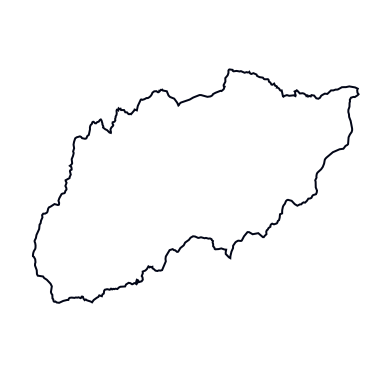 Angostura, Antioquia, Colombia, rotated 192°
{"feature_id": "7082276B23180576044549", "entity_name": "Angostura", "entity_type": "district", "adm_level": 2, "iso_a3": "COL", "parent_name": "Colombia", "parent_adm1": "Antioquia", "projection": "natural_earth1", "projection_center": [-75.338, 6.869], "detail": "fine", "context": "isolated", "style": "outline", "palette": "ink", "viewbox_px": 384, "rotation_deg": 192, "n_neighbors": 0, "source": "geoboundaries", "source_scale": "gbopen_adm2", "svg_char_len": 5994}
<svg xmlns="http://www.w3.org/2000/svg" viewBox="0 0 384 384"><g transform="rotate(192 192 192)"><path d="M50.1,321.1L49.4,322.3L50.8,323.5L51.6,326.0L51.3,327.5L54.2,328.2L60.1,328.0L63.2,326.6L67.1,325.7L70.8,322.5L72.9,322.0L74.8,320.8L77.1,320.3L80.0,316.1L82.6,315.8L84.8,313.9L85.7,312.9L86.4,310.8L87.8,309.5L89.9,309.5L92.6,311.7L95.3,311.6L95.7,310.2L96.9,310.4L98.3,309.5L99.0,310.5L99.4,310.5L100.1,309.7L100.7,310.5L102.9,311.5L104.3,311.6L107.0,310.8L110.2,313.1L110.8,313.2L111.2,312.4L111.9,312.2L112.5,311.7L111.8,311.0L111.4,309.1L110.7,308.3L110.8,307.3L112.7,307.7L116.9,306.3L119.3,306.5L121.9,305.0L122.7,303.5L122.6,303.8L125.4,310.0L126.5,309.6L127.4,310.2L128.2,311.2L129.9,311.9L130.6,311.8L130.5,312.3L130.7,312.6L131.3,313.1L132.7,313.2L134.2,315.1L135.5,313.7L136.6,313.6L138.2,315.4L139.6,315.9L140.5,317.7L141.2,318.1L144.3,317.4L145.1,317.5L146.5,318.6L149.9,318.4L152.5,319.1L153.3,320.3L156.6,321.0L158.5,319.8L159.2,319.9L159.9,320.2L160.9,321.4L161.2,320.9L162.3,320.5L163.4,320.6L165.4,319.6L169.3,320.4L170.4,319.8L173.6,319.7L176.4,318.7L177.3,319.0L177.7,319.9L180.7,319.7L181.3,319.3L181.6,318.4L181.1,316.0L181.4,313.5L183.1,310.3L182.3,306.9L183.3,303.1L182.8,301.8L182.0,301.8L182.4,299.1L184.1,296.9L185.2,296.9L189.7,293.9L191.8,292.1L192.2,290.8L193.7,289.4L196.7,288.3L203.4,288.7L204.8,288.4L210.4,284.7L213.5,281.9L221.4,277.2L222.5,275.8L222.9,274.3L223.3,273.8L225.1,276.3L228.8,279.6L233.3,280.4L235.0,281.5L237.6,285.3L241.6,285.2L242.3,285.9L243.0,285.4L243.6,285.5L244.3,284.5L244.9,284.3L244.6,283.8L245.4,282.7L246.2,282.5L247.7,283.2L249.9,282.6L251.3,281.0L251.7,278.9L252.4,277.3L253.3,276.0L254.7,274.7L256.1,274.4L257.8,272.9L259.8,271.8L260.7,272.0L261.3,271.7L262.9,264.9L262.9,260.4L265.3,260.7L265.4,259.9L267.8,255.4L268.7,255.6L269.4,255.1L270.3,255.0L272.2,256.4L273.8,256.1L275.5,258.0L278.4,257.4L279.2,258.6L280.1,258.0L281.1,258.5L281.1,256.7L281.9,257.2L282.6,256.9L282.7,255.7L282.0,253.4L281.9,251.6L282.4,250.0L282.2,249.0L282.4,247.6L281.9,246.0L282.5,244.6L284.1,243.7L284.0,242.4L282.9,241.1L283.2,239.9L284.2,238.5L284.7,236.7L284.6,235.7L283.7,233.7L283.7,232.9L285.1,233.0L288.0,234.9L289.8,235.3L292.4,236.6L292.4,237.8L293.6,239.3L293.8,240.2L295.4,243.2L296.3,244.0L297.0,243.4L297.9,241.4L299.3,240.6L300.2,239.2L301.2,239.1L302.8,240.2L303.4,240.1L304.0,239.4L304.1,237.8L304.9,236.7L305.2,235.7L305.3,234.1L304.8,232.0L304.8,226.4L306.0,225.0L306.5,222.5L307.7,221.8L310.7,221.8L311.9,222.8L313.2,223.1L316.2,221.5L317.4,220.2L317.8,216.5L317.7,213.6L316.4,210.3L316.7,206.9L315.9,205.7L315.8,205.0L315.9,202.5L316.5,199.1L315.2,195.2L315.6,193.8L316.9,192.2L315.4,191.5L314.8,190.4L314.4,188.9L315.7,187.7L315.7,186.9L314.2,183.8L314.7,181.8L314.7,180.1L318.1,177.2L317.9,176.6L316.6,174.9L317.1,171.6L315.7,169.7L315.3,168.3L316.1,166.6L316.2,164.9L316.6,164.3L318.5,163.4L319.2,162.7L320.5,158.3L320.8,155.7L319.7,153.7L319.5,152.0L320.4,151.4L324.0,151.6L327.5,148.1L328.6,147.4L329.2,146.0L329.3,142.6L329.7,141.6L331.2,140.3L333.0,139.9L333.8,138.2L333.0,136.0L333.7,132.6L333.6,129.9L334.3,128.4L333.8,124.0L335.2,117.6L335.1,114.5L335.8,111.7L335.6,110.7L334.7,109.3L333.9,107.2L333.5,104.9L333.5,103.8L334.4,101.2L334.6,99.1L334.4,96.8L334.2,96.1L333.2,95.7L331.4,93.6L330.5,90.8L330.6,89.1L330.3,87.5L327.6,83.2L326.6,79.5L325.5,78.1L320.1,78.4L318.7,77.1L315.8,76.0L311.3,72.9L309.5,70.6L309.2,64.9L308.4,63.4L307.3,62.5L306.3,58.8L305.5,58.3L304.7,56.5L304.2,56.1L303.4,56.1L302.8,56.5L301.4,55.8L298.9,56.0L295.3,58.7L291.8,60.4L290.5,60.7L290.3,62.2L289.5,63.1L287.8,63.7L284.9,64.0L283.7,64.7L282.3,64.8L281.0,65.4L279.0,65.0L278.4,65.5L278.2,66.7L277.8,66.9L276.9,66.8L276.0,65.2L274.5,63.9L273.5,64.8L272.2,64.2L268.3,63.8L266.8,63.3L265.7,65.9L263.1,68.8L261.8,69.9L261.2,71.6L258.5,71.3L258.3,73.2L257.2,74.3L257.4,77.2L256.9,78.3L254.8,79.3L252.1,79.3L251.1,80.6L249.9,80.1L249.0,80.9L247.9,80.8L246.7,81.5L244.8,81.6L243.7,83.3L242.4,84.4L237.8,85.7L237.3,87.8L235.1,90.0L233.3,90.0L231.5,89.3L230.9,89.5L229.5,90.9L228.6,90.9L227.1,90.3L226.5,91.9L227.9,92.6L227.7,94.7L226.6,94.5L225.0,92.9L222.7,94.2L221.9,96.0L222.7,98.3L223.7,99.3L223.2,102.2L223.7,103.9L221.3,105.5L220.1,107.3L219.2,110.1L218.5,109.7L217.9,110.0L217.6,109.6L217.0,110.1L216.1,110.1L215.2,110.6L214.7,109.1L213.2,108.6L211.4,107.5L209.5,107.5L208.1,108.4L206.4,108.6L205.0,109.4L203.2,118.7L204.0,121.0L204.2,123.5L201.8,130.5L199.0,132.1L197.6,131.4L196.4,131.5L194.1,130.3L193.1,130.8L191.7,134.8L189.0,138.1L188.2,141.1L185.1,144.5L183.9,147.0L181.8,148.9L179.7,149.1L176.6,148.4L175.7,148.6L173.8,149.6L170.0,149.4L168.8,150.0L166.2,149.8L164.8,150.3L163.7,150.1L163.1,149.9L162.5,149.0L161.3,148.4L161.3,146.8L160.5,145.5L160.0,143.3L158.6,142.3L157.9,141.0L157.3,140.8L154.1,141.7L151.6,142.9L148.2,142.5L146.6,142.7L146.5,140.0L146.1,138.4L142.3,135.8L140.8,135.3L141.1,137.4L141.0,141.9L140.2,145.6L140.6,148.0L139.1,151.7L138.3,152.7L136.7,154.0L133.9,154.3L133.2,154.9L131.9,159.5L129.4,164.3L127.9,164.6L123.9,163.3L118.6,165.5L113.3,162.6L112.4,162.8L111.9,164.0L110.4,166.2L111.1,168.5L110.9,170.1L110.2,170.8L109.6,172.7L108.1,174.3L108.3,175.6L108.0,176.6L107.0,177.7L105.1,177.4L102.7,178.8L102.2,179.6L102.0,181.4L101.0,182.7L100.9,185.2L101.3,188.5L99.4,189.8L100.0,193.0L100.0,196.3L99.7,197.8L98.7,199.8L98.2,202.6L97.5,203.7L96.5,204.3L92.7,204.1L89.0,201.5L86.1,200.5L83.9,202.3L82.5,202.7L81.9,203.9L80.8,205.0L79.2,205.1L77.8,207.2L76.8,209.7L75.2,210.2L74.0,211.1L73.4,213.4L72.8,214.2L70.3,215.6L69.9,217.3L70.0,219.3L71.9,222.2L73.2,227.7L73.9,229.1L73.2,231.9L73.6,233.3L73.7,235.5L73.3,237.0L70.4,241.1L69.3,243.7L68.7,247.2L68.8,251.0L68.5,252.1L67.7,253.5L62.5,260.2L56.5,264.5L52.9,265.8L51.4,269.0L49.8,270.4L49.3,271.3L50.2,278.1L49.5,281.1L48.3,283.9L48.2,285.8L48.6,287.4L51.6,294.5L53.9,298.1L54.6,300.6L55.7,302.7L56.1,304.9L55.7,308.1L56.4,311.8L56.3,313.5L56.8,315.0L56.1,317.3L53.8,318.6L52.5,318.7L50.1,321.1Z" fill="none" stroke="#020617" stroke-width="2"/></g></svg>